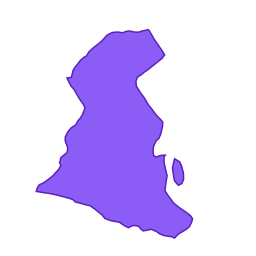 outline of Sundsvall, Västernorrland, Sweden, rotated 10°
{"feature_id": "70781695B99117995283452", "entity_name": "Sundsvall", "entity_type": "district", "adm_level": 2, "iso_a3": "SWE", "parent_name": "Sweden", "parent_adm1": "Västernorrland", "projection": "orthographic", "projection_center": [16.938, 62.56], "detail": "fine", "context": "isolated", "style": "filled", "palette": "violet", "viewbox_px": 256, "rotation_deg": 10, "n_neighbors": 0, "source": "geoboundaries", "source_scale": "gbopen_adm2", "svg_char_len": 1879}
<svg xmlns="http://www.w3.org/2000/svg" viewBox="0 0 256 256"><g transform="rotate(10 128 128)"><path d="M77.8,57.8L76.2,59.9L74.6,64.3L71.9,66.4L70.0,68.9L68.5,71.2L67.1,74.2L65.2,77.4L63.9,80.8L63.7,84.9L63.3,88.0L60.2,89.0L59.4,89.0L59.8,90.3L64.6,96.7L67.9,99.1L74.7,107.3L79.8,112.4L82.2,115.5L81.6,118.8L80.7,123.3L79.4,126.3L77.3,129.9L76.1,133.8L71.8,138.0L69.3,142.6L67.8,147.7L68.4,151.6L70.8,155.6L72.2,158.6L72.2,162.9L68.9,166.5L67.0,168.9L66.7,174.1L68.5,176.5L66.6,181.4L64.1,185.0L62.6,187.8L58.3,192.6L54.3,196.8L50.6,199.2L49.1,202.6L48.7,206.4L56.0,206.3L61.5,206.1L70.3,206.4L78.1,207.1L82.6,207.5L86.3,208.1L88.9,210.0L93.5,210.3L99.4,210.9L104.1,211.1L110.2,214.0L113.3,215.8L117.6,218.1L120.9,221.1L128.0,222.3L132.5,222.3L136.2,222.4L141.3,224.8L145.8,226.1L149.7,223.2L152.4,222.8L155.6,223.0L158.5,225.5L160.9,226.7L164.6,225.3L168.5,223.7L174.0,225.0L177.7,226.8L182.6,227.7L190.5,227.5L192.8,228.4L196.1,223.6L198.8,221.3L203.2,217.5L205.7,214.3L207.1,209.3L207.3,206.1L204.6,203.4L199.8,200.9L191.9,197.3L185.9,193.9L179.9,188.2L175.4,183.6L174.9,176.9L174.8,168.2L171.8,161.3L169.5,155.7L168.5,150.0L169.5,148.3L167.6,148.6L164.1,149.7L161.0,151.7L158.2,150.8L157.3,148.7L156.3,144.0L156.5,141.0L157.9,135.9L160.3,132.8L161.4,127.4L161.7,119.8L161.2,116.2L159.1,114.3L154.5,111.1L151.6,108.5L148.8,105.8L144.0,101.6L139.0,95.7L133.8,90.7L129.0,85.4L127.7,80.7L128.5,76.3L131.4,73.6L134.2,70.3L137.9,66.7L143.5,60.2L149.6,53.3L151.2,49.8L151.4,49.6L146.9,44.7L138.0,35.6L131.7,28.1L130.7,27.6L129.0,28.5L124.9,30.1L121.8,31.8L117.9,32.4L112.5,32.2L109.6,33.1L106.0,35.2L101.4,35.2L95.9,36.7L91.3,40.1L87.3,46.6L83.9,50.6L79.4,55.6L77.8,57.8ZM178.9,154.4L178.7,159.7L181.5,168.1L183.0,172.0L187.5,175.7L190.6,173.4L191.7,169.2L190.5,163.0L187.3,156.0L184.8,152.4L179.2,150.2L178.9,154.4Z" fill="#8b5cf6" stroke="#5b21b6" stroke-width="1.5"/></g></svg>